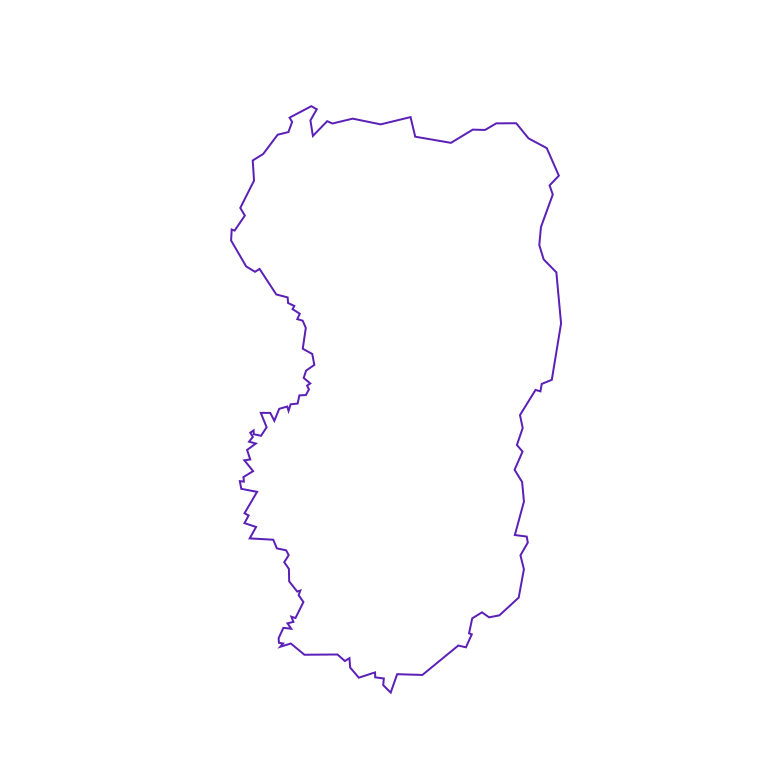 the district of Kibondo, Kigoma, United Republic of Tanzania, rotated 19°
{"feature_id": "72390352B58332556482444", "entity_name": "Kibondo", "entity_type": "district", "adm_level": 2, "iso_a3": "TZA", "parent_name": "United Republic of Tanzania", "parent_adm1": "Kigoma", "projection": "orthographic", "projection_center": [30.818, -4.184], "detail": "medium", "context": "isolated", "style": "outline", "palette": "violet", "viewbox_px": 768, "rotation_deg": 19, "n_neighbors": 0, "source": "geoboundaries", "source_scale": "gbopen_adm2", "svg_char_len": 1964}
<svg xmlns="http://www.w3.org/2000/svg" viewBox="0 0 768 768"><g transform="rotate(19 384 384)"><path d="M481.5,130.1L461.1,108.0L440.7,104.7L424.1,94.4L405.3,101.0L396.8,110.9L385.1,114.6L368.8,134.2L333.0,140.0L322.2,123.0L296.3,139.6L268.0,143.3L250.4,154.5L244.7,154.0L236.0,172.6L228.6,158.7L231.0,146.1L224.8,145.0L208.0,162.9L211.8,166.1L211.6,176.9L202.3,182.9L194.9,205.8L187.1,215.4L194.9,234.0L190.8,264.3L197.6,270.1L192.8,287.6L189.7,287.5L192.7,298.1L215.4,317.7L225.5,319.9L228.9,315.7L253.0,334.4L264.7,333.5L267.0,338.7L273.8,339.4L273.2,343.0L281.5,345.0L280.9,350.9L286.5,350.6L291.8,356.4L295.7,377.1L306.4,379.0L311.9,388.6L306.0,396.7L306.1,404.4L314.1,407.5L311.8,410.6L314.8,413.5L313.7,419.9L307.7,422.3L308.7,430.6L302.3,433.6L302.5,440.5L299.8,436.8L293.0,441.6L292.3,454.5L285.9,448.4L276.9,451.4L287.1,463.1L284.6,473.0L277.2,473.9L275.8,470.3L273.4,473.6L277.2,476.8L275.2,482.5L282.2,482.0L276.0,490.9L282.1,498.9L276.8,501.6L288.6,509.0L281.4,517.7L283.3,521.9L279.3,522.8L283.2,529.6L299.1,527.3L294.2,551.6L298.8,552.4L297.4,561.0L309.6,560.8L307.3,573.7L330.0,567.3L336.2,574.3L345.6,573.1L349.6,576.8L347.7,585.0L354.3,589.8L358.6,601.5L369.5,608.5L372.1,606.5L372.1,611.5L378.8,616.4L376.5,634.1L372.2,634.2L375.8,638.4L370.7,641.7L375.9,645.6L368.3,647.3L367.1,658.6L368.9,662.9L373.0,662.2L371.5,666.2L380.4,659.7L396.9,665.9L428.1,654.9L437.2,658.7L440.6,654.5L444.3,663.1L455.8,669.9L469.4,659.6L471.2,664.2L479.7,662.5L481.3,669.0L490.8,673.6L490.9,654.1L515.0,646.6L539.4,607.1L547.2,606.3L548.5,592.1L545.6,592.1L543.7,576.9L551.0,568.0L559.3,570.4L568.4,565.2L580.9,542.1L576.6,513.6L568.8,501.6L571.6,487.1L568.6,481.8L556.9,484.2L554.6,449.6L546.5,431.7L535.4,422.6L537.0,402.8L529.5,398.4L529.5,380.5L522.7,369.1L529.2,340.3L534.3,340.0L533.1,332.6L541.3,325.4L531.7,269.1L510.6,222.3L494.4,214.2L485.6,202.1L481.3,184.5L481.9,149.9L475.9,142.3L481.5,130.1Z" fill="none" stroke="#5b21b6" stroke-width="2"/></g></svg>